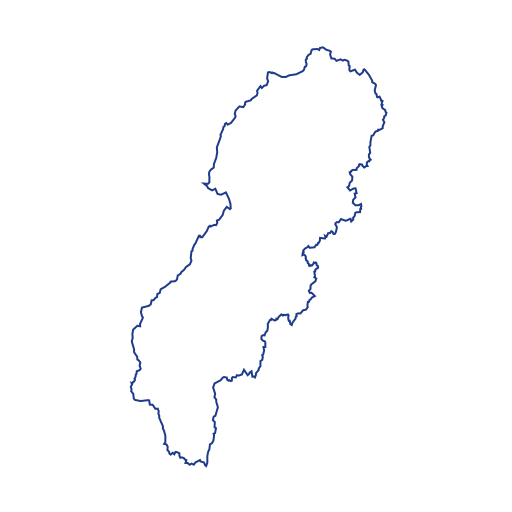 the district of Malinau, Kalimantan Timur, Indonesia, rotated 186°
{"feature_id": "22746128B54632748429230", "entity_name": "Malinau", "entity_type": "district", "adm_level": 2, "iso_a3": "IDN", "parent_name": "Indonesia", "parent_adm1": "Kalimantan Timur", "projection": "equal_earth", "projection_center": [115.266, 2.582], "detail": "fine", "context": "isolated", "style": "outline", "palette": "blue", "viewbox_px": 512, "rotation_deg": 186, "n_neighbors": 0, "source": "geoboundaries", "source_scale": "gbopen_adm2", "svg_char_len": 6107}
<svg xmlns="http://www.w3.org/2000/svg" viewBox="0 0 512 512"><g transform="rotate(186 256 256)"><path d="M315.4,322.6L312.0,320.4L310.8,318.5L306.4,316.7L303.5,318.6L300.7,313.7L297.1,313.3L292.6,316.1L289.0,310.3L286.9,305.3L286.1,300.7L286.8,299.9L290.2,301.8L292.7,297.7L293.4,293.4L296.5,288.2L298.6,287.2L298.0,284.9L298.9,282.5L300.9,282.5L304.4,280.5L305.0,281.2L306.1,280.2L307.5,275.7L311.4,269.0L313.2,268.9L313.6,270.2L314.8,270.3L317.8,261.6L318.4,261.1L319.8,256.5L319.7,254.6L320.7,253.9L320.7,247.0L319.7,244.5L320.9,240.8L324.5,237.7L326.0,234.9L328.8,231.9L329.1,230.5L331.8,228.4L332.1,224.5L333.1,223.1L334.1,222.4L338.3,221.6L338.5,220.6L343.3,215.8L347.3,213.0L347.9,209.2L350.1,208.0L350.1,204.9L351.7,203.8L353.3,201.3L355.2,201.0L355.6,197.0L357.4,195.2L364.0,192.8L364.6,188.2L363.1,184.2L362.1,183.1L362.3,181.9L364.2,176.4L363.9,174.0L366.7,174.2L370.5,169.9L370.8,165.5L370.1,161.9L370.6,158.0L367.4,150.2L367.3,147.7L363.6,143.3L363.2,140.7L361.4,139.7L359.9,137.8L360.3,134.8L358.9,131.7L360.2,130.0L362.5,129.0L362.6,126.0L363.2,125.5L363.1,123.6L364.0,121.2L363.4,120.3L364.1,118.4L365.3,117.7L365.7,116.0L366.3,116.3L365.9,115.5L366.8,112.6L365.8,110.5L366.0,108.5L363.6,106.0L362.7,101.5L361.3,100.2L355.6,99.7L348.0,101.4L347.1,101.2L346.1,97.1L343.2,97.2L340.1,93.5L337.7,93.9L336.5,91.3L336.6,88.9L335.5,87.0L335.4,85.1L330.7,76.8L330.6,74.6L329.3,72.9L327.4,67.9L326.7,61.8L327.7,59.5L325.4,59.3L323.9,57.2L323.8,53.7L322.0,52.2L321.4,50.4L320.1,49.6L318.2,51.6L316.5,50.3L315.6,52.7L314.9,52.8L311.7,51.9L311.2,49.2L310.2,47.4L308.5,48.0L306.3,47.3L305.7,46.3L303.9,45.7L304.5,42.8L302.4,43.0L300.2,41.5L298.4,42.8L296.0,42.0L294.6,44.4L290.4,47.2L289.7,45.9L286.1,45.2L284.7,42.6L283.6,41.9L282.8,45.5L283.5,51.8L283.1,56.4L282.2,58.7L282.1,63.9L280.2,65.2L279.1,67.9L278.9,73.1L279.6,74.8L278.2,75.6L277.8,80.6L279.3,81.3L279.6,86.5L281.7,88.3L281.3,91.8L279.7,92.8L278.1,101.6L280.3,106.9L280.5,108.9L282.6,111.3L282.2,114.6L284.9,120.7L283.9,124.9L278.0,128.9L276.5,131.4L275.2,132.3L272.3,132.0L271.7,129.9L270.5,129.2L269.8,129.8L268.4,128.9L267.0,129.5L267.2,132.2L266.6,133.1L263.3,133.2L262.6,135.4L260.6,135.3L257.6,136.7L256.1,141.6L251.8,136.6L250.2,138.5L250.2,139.4L248.4,140.9L247.0,135.6L245.6,136.0L244.4,135.1L243.7,137.4L243.8,139.3L241.4,143.0L241.6,144.0L240.1,147.1L240.6,152.0L238.9,153.4L238.7,156.3L239.5,158.0L238.6,158.7L238.0,162.9L239.1,166.2L237.2,166.5L237.7,171.1L238.5,172.2L240.0,172.4L242.0,174.0L242.1,176.8L240.6,178.1L239.2,177.9L238.3,181.4L237.0,182.6L236.7,186.0L237.2,189.8L235.3,193.9L234.4,194.0L234.1,195.2L230.8,193.8L229.4,194.4L229.2,195.8L228.0,195.5L227.1,197.8L224.6,200.6L223.0,199.6L222.3,200.4L220.4,200.3L218.1,201.2L217.4,200.3L217.6,198.6L217.1,196.0L216.5,194.9L215.7,195.1L214.8,192.0L213.3,191.1L212.6,193.9L210.1,198.0L210.1,199.8L209.3,200.4L209.8,202.4L208.3,203.3L205.7,203.6L203.5,207.0L200.8,207.8L199.2,210.5L199.7,211.9L199.6,215.8L198.5,216.0L198.2,217.8L197.0,218.8L196.1,220.5L193.3,222.3L197.0,225.3L198.6,224.9L199.8,226.9L198.3,229.1L198.7,231.8L198.1,233.4L194.2,237.2L193.7,239.9L195.8,241.0L195.2,242.3L196.4,246.4L195.5,246.8L195.6,248.4L194.4,250.0L193.4,250.2L193.0,251.2L193.4,252.6L194.9,253.4L195.1,255.1L195.9,255.8L196.7,255.2L197.8,255.6L198.3,253.9L199.5,252.3L200.4,252.7L201.4,251.6L202.3,252.0L202.7,253.8L203.8,254.4L204.0,256.0L205.8,257.1L205.7,257.8L206.5,259.0L206.2,260.0L207.0,261.5L208.5,262.5L209.9,261.7L209.8,264.2L209.0,264.8L209.7,266.1L208.2,268.4L205.7,270.2L205.0,271.4L203.4,269.8L198.7,270.8L197.4,273.4L196.1,273.5L195.6,275.5L195.0,275.6L194.1,277.8L194.2,280.7L189.3,280.6L188.9,282.3L189.3,283.2L187.9,282.5L186.6,286.3L184.8,286.5L183.7,288.5L182.5,288.1L181.2,286.0L179.8,286.3L179.0,288.5L178.5,293.1L180.5,296.0L180.4,296.9L179.0,298.2L177.3,298.1L175.3,301.6L170.5,300.4L165.9,302.9L164.9,300.3L163.1,302.4L163.4,304.2L162.1,306.0L161.8,309.2L160.7,310.0L157.1,310.5L157.2,313.8L156.4,314.0L156.8,315.7L156.4,316.6L157.0,318.7L159.1,317.3L162.2,316.8L165.3,319.0L165.2,322.1L163.2,324.7L164.4,328.4L162.5,329.0L164.1,333.7L166.1,333.3L169.3,331.0L172.3,333.9L170.8,335.2L170.4,338.7L168.4,341.0L168.3,342.4L168.5,345.0L170.8,347.1L171.6,349.1L170.2,349.8L170.2,350.6L168.8,351.7L165.1,352.1L165.0,353.8L162.8,356.5L163.0,357.7L162.4,358.2L160.0,358.0L159.7,357.0L157.6,355.3L156.0,356.9L154.5,357.1L155.4,358.6L155.5,360.6L153.9,362.3L153.2,362.1L152.9,363.4L152.1,363.8L153.6,365.3L154.2,367.1L154.2,369.0L153.2,370.5L154.7,376.3L153.8,378.0L154.1,381.1L153.6,387.6L152.0,388.3L150.7,391.4L149.5,392.7L148.0,393.0L147.7,394.4L146.4,394.3L143.4,396.3L143.5,398.6L142.3,402.4L144.0,404.7L142.9,406.9L143.1,408.3L141.8,409.3L141.2,412.0L142.3,413.0L142.7,414.6L145.9,416.4L146.4,417.8L146.0,419.4L147.1,419.5L146.4,423.4L147.9,423.6L147.9,424.4L149.8,427.4L151.5,426.5L152.3,426.8L153.1,429.6L154.2,430.2L155.3,433.3L154.5,438.5L155.5,439.7L158.6,441.0L158.7,442.4L162.7,448.1L167.7,453.0L168.5,452.6L169.1,449.7L171.8,447.0L174.8,448.8L177.1,451.7L181.3,449.5L182.2,450.2L182.7,451.1L182.6,454.6L183.7,455.2L184.4,458.8L185.3,459.7L188.4,460.4L190.0,459.4L192.4,460.4L196.4,458.5L198.4,460.4L201.7,460.4L203.4,464.3L202.9,467.1L204.5,467.9L207.5,468.4L211.2,470.5L214.1,469.6L214.7,467.5L216.5,468.3L221.5,467.4L222.2,466.5L222.9,462.7L224.9,461.4L226.3,458.7L226.0,457.5L227.0,456.5L226.7,454.2L225.8,452.5L225.8,450.8L226.3,449.6L227.2,449.3L227.8,446.1L228.9,444.7L235.0,440.9L241.7,439.2L245.2,437.1L249.3,436.8L257.1,439.9L258.0,439.5L259.0,440.2L259.9,439.6L261.4,440.4L263.3,439.8L263.5,433.8L262.2,431.0L263.3,427.0L265.7,426.2L267.8,423.7L269.3,425.4L272.2,420.5L271.5,418.3L272.0,415.8L276.8,411.7L277.4,410.3L282.5,408.2L282.9,407.0L282.6,405.7L284.2,402.7L288.2,403.0L291.5,398.5L292.0,395.4L290.9,392.9L291.2,391.5L294.8,385.7L297.9,383.7L299.4,385.1L300.7,384.1L300.8,381.9L301.9,380.8L302.0,378.7L304.0,372.7L303.5,371.8L303.8,369.6L306.3,359.9L305.4,355.1L305.8,349.4L307.4,343.3L307.3,339.4L309.7,337.4L311.1,335.2L311.4,332.7L310.6,329.8L310.1,324.3L311.4,322.7L315.4,322.6Z" fill="none" stroke="#1e3a8a" stroke-width="2"/></g></svg>